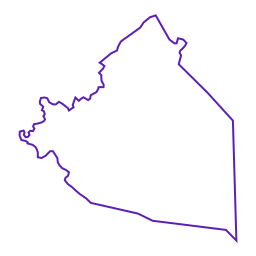 outline of Hilir Perak, Perak, Malaysia
{"feature_id": "92858781B22545917435133", "entity_name": "Hilir Perak", "entity_type": "district", "adm_level": 2, "iso_a3": "MYS", "parent_name": "Malaysia", "parent_adm1": "Perak", "projection": "robinson", "projection_center": [100.994, 4.019], "detail": "fine", "context": "isolated", "style": "outline", "palette": "violet", "viewbox_px": 256, "rotation_deg": 0, "n_neighbors": 0, "source": "geoboundaries", "source_scale": "gbopen_adm2", "svg_char_len": 1472}
<svg xmlns="http://www.w3.org/2000/svg" viewBox="0 0 256 256"><path d="M27.5,143.4L32.5,144.8L35.3,146.8L36.7,149.2L37.8,152.4L37.8,157.2L41.6,158.0L43.7,156.8L45.8,155.6L50.1,151.2L52.9,151.2L55.3,154.8L57.4,158.3L57.8,162.3L59.6,165.5L62.4,168.3L65.9,169.9L69.0,172.3L68.0,175.8L65.5,177.8L64.8,180.2L68.0,184.2L71.9,187.0L75.7,190.5L79.9,194.1L86.3,198.5L90.8,202.9L138.0,213.6L152.7,220.8L225.9,229.9L235.8,240.0L236.4,240.6L232.9,120.6L207.7,92.9L178.7,64.2L181.1,55.5L179.6,52.7L180.2,50.7L182.9,48.2L185.0,45.9L186.5,43.1L183.2,39.5L178.0,38.3L176.6,43.3L174.4,43.3L172.4,41.8L169.4,39.5L155.7,15.4L149.9,17.3L143.6,22.5L140.2,27.6L122.9,40.0L120.8,41.6L119.7,43.6L118.1,46.6L117.0,50.5L114.5,51.7L111.2,53.3L99.7,62.7L101.7,63.9L104.4,66.0L103.1,68.5L99.0,72.8L101.3,75.1L101.3,76.7L101.5,80.7L103.7,84.8L103.5,87.1L98.6,87.1L98.3,88.9L96.3,92.2L94.1,93.4L90.7,95.2L90.2,98.5L88.2,100.1L83.5,97.3L81.0,98.8L78.8,100.8L75.4,97.5L72.7,105.1L73.6,107.2L68.9,110.5L68.0,108.2L62.8,104.1L59.0,101.8L55.8,104.4L53.1,104.4L51.3,103.4L49.1,102.1L47.3,98.3L44.6,97.5L41.0,98.0L39.8,101.6L40.1,103.9L43.2,106.7L41.9,110.2L43.9,111.3L44.8,114.1L43.4,116.1L44.3,117.6L45.0,119.6L43.7,121.2L42.1,122.2L39.8,123.0L37.1,123.7L34.0,124.2L33.1,126.5L34.4,128.6L32.9,131.1L30.2,130.8L28.6,132.4L29.5,134.9L27.9,136.9L25.7,137.2L23.9,134.9L24.5,132.4L23.6,130.6L19.8,131.6L19.6,135.7L21.4,140.0L25.7,141.0L27.7,142.3L27.5,143.4Z" fill="none" stroke="#5b21b6" stroke-width="2"/></svg>